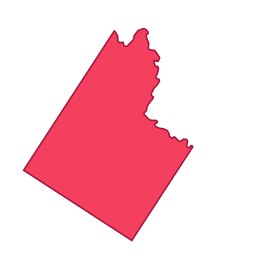 the district of Wilbarger, Texas, United States of America, rotated 33°
{"feature_id": "52423323B71723905303227", "entity_name": "Wilbarger", "entity_type": "district", "adm_level": 2, "iso_a3": "USA", "parent_name": "United States of America", "parent_adm1": "Texas", "projection": "robinson", "projection_center": [-99.204, 34.146], "detail": "fine", "context": "isolated", "style": "filled", "palette": "rose", "viewbox_px": 256, "rotation_deg": 33, "n_neighbors": 0, "source": "geoboundaries", "source_scale": "gbopen_adm2", "svg_char_len": 1704}
<svg xmlns="http://www.w3.org/2000/svg" viewBox="0 0 256 256"><g transform="rotate(33 128 128)"><path d="M192.5,220.3L192.6,108.4L191.1,108.1L190.5,108.3L190.2,108.8L190.2,110.3L190.1,110.8L189.2,111.8L188.5,111.8L187.3,111.1L186.6,110.3L186.1,109.1L185.5,107.0L184.0,105.9L183.1,105.8L180.7,107.0L180.0,107.9L180.2,109.6L179.4,110.2L177.6,111.2L171.9,110.1L171.6,110.3L171.2,110.8L170.8,111.9L170.1,112.7L168.8,112.7L166.5,112.0L166.4,111.8L166.3,111.3L166.0,110.8L164.5,109.7L162.1,108.8L161.2,108.8L158.1,109.4L154.0,111.2L151.4,111.6L149.6,111.3L148.8,110.9L148.3,110.0L148.4,109.4L148.8,108.6L149.4,108.1L149.6,107.6L149.4,106.8L149.1,106.6L148.6,106.4L146.8,106.5L145.3,107.8L141.6,109.5L134.1,107.9L133.5,107.2L133.3,106.6L133.5,105.6L134.0,104.1L133.9,103.4L133.7,102.6L132.6,100.3L132.2,99.1L132.3,94.2L132.8,90.8L132.6,88.3L132.4,88.1L131.4,88.2L130.6,88.0L129.6,87.5L129.1,86.6L128.6,84.9L128.2,79.5L128.6,78.5L129.1,75.2L128.9,71.9L128.3,70.7L127.2,70.3L126.6,70.4L126.1,70.8L125.1,70.9L124.1,70.6L123.5,70.1L123.3,69.6L123.1,66.8L122.3,64.1L120.9,61.1L119.4,60.2L118.8,60.4L118.0,61.2L117.0,61.1L113.9,58.5L113.0,57.5L112.9,57.0L113.3,56.7L115.6,56.6L116.4,56.1L117.0,55.6L116.4,52.0L115.7,51.5L109.3,48.7L108.2,48.5L107.1,48.8L104.8,50.1L102.8,50.6L102.3,50.6L102.0,50.4L100.9,48.8L99.8,46.4L98.4,44.9L96.6,43.9L94.4,42.1L92.9,40.6L92.8,39.8L92.8,39.3L93.3,38.4L93.4,37.7L92.3,36.5L89.7,35.7L88.3,35.7L86.9,36.2L83.4,40.6L82.9,46.0L82.9,47.5L83.0,47.9L83.7,48.5L84.3,51.4L82.8,59.6L82.3,60.4L81.4,60.9L80.4,61.2L80.0,61.1L77.1,58.8L74.5,60.9L72.1,60.7L71.1,59.0L69.2,56.5L64.7,54.1L63.6,54.1L63.5,146.0L63.4,220.3L192.5,220.3Z" fill="#f43f5e" stroke="#9f1239" stroke-width="1.5"/></g></svg>